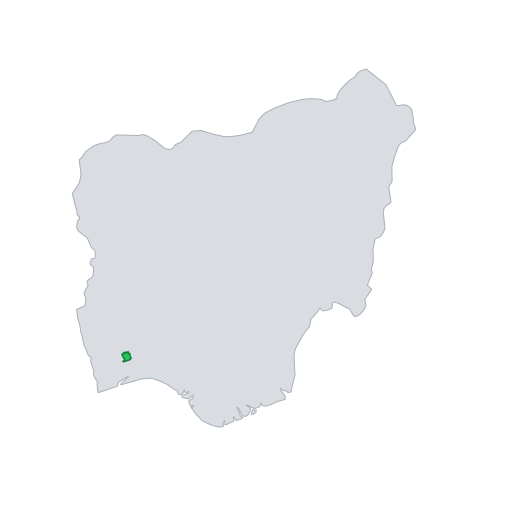 Oluyole, Oyo, Nigeria shown in context, rotated 344°
{"feature_id": "59680162B11018926765325", "entity_name": "Oluyole", "entity_type": "district", "adm_level": 2, "iso_a3": "NGA", "parent_name": "Nigeria", "parent_adm1": "Oyo", "projection": "mercator", "projection_center": [3.901, 7.219], "detail": "fine", "context": "in_parent", "style": "filled", "palette": "green", "viewbox_px": 512, "rotation_deg": 344, "n_neighbors": 0, "source": "geoboundaries", "source_scale": "gbopen_adm2", "svg_char_len": 5223}
<svg xmlns="http://www.w3.org/2000/svg" viewBox="0 0 512 512"><g transform="rotate(344 256 256)"><path d="M413.5,106.7L428.1,127.2L431.1,142.4L432.3,149.9L434.7,150.8L439.2,151.2L442.5,152.7L444.5,155.1L445.7,157.5L446.0,158.8L445.0,167.9L443.9,171.2L444.5,175.7L444.3,177.6L443.8,178.9L441.8,180.4L439.0,181.8L432.5,186.1L430.6,186.8L427.8,186.9L425.4,188.0L422.6,190.3L416.5,198.9L411.2,207.6L407.4,221.7L402.8,226.0L402.0,229.9L401.2,238.7L400.5,241.3L399.8,242.1L394.8,243.7L392.0,245.7L390.2,249.7L388.0,263.1L387.3,265.3L385.6,267.6L383.1,270.2L380.9,271.6L375.2,272.5L369.8,282.6L369.7,284.3L367.3,293.5L363.2,300.4L362.9,304.8L357.7,310.9L355.0,315.0L357.8,319.3L358.0,320.0L349.0,327.3L348.5,328.4L348.1,333.4L347.4,334.8L345.8,336.6L343.3,338.7L340.9,340.2L338.1,341.3L335.4,341.7L334.0,341.1L333.1,339.6L331.6,333.4L330.8,332.1L329.1,330.9L322.2,324.1L318.0,321.7L317.1,321.9L316.4,322.5L315.3,326.0L314.1,327.2L311.9,327.6L308.1,327.7L305.3,327.2L304.6,326.5L303.3,323.8L294.7,330.0L291.7,331.4L287.9,338.7L282.5,342.3L278.8,345.5L268.8,355.5L266.8,358.4L264.9,362.8L260.6,381.4L253.7,393.1L252.8,395.5L252.4,395.4L251.5,396.5L248.8,395.8L247.6,393.7L246.0,393.3L243.1,390.1L242.5,390.7L245.5,398.7L244.4,401.8L236.0,401.9L228.8,403.0L223.8,402.9L221.3,401.7L220.2,398.7L219.8,399.0L219.5,400.6L217.9,401.9L212.3,402.2L209.9,400.1L207.9,397.8L205.7,396.8L206.1,397.7L208.5,400.0L208.2,403.2L203.7,407.0L200.8,407.2L199.1,405.6L198.2,402.9L197.7,399.0L196.5,396.5L195.9,396.5L196.7,400.7L196.7,404.7L198.8,407.7L195.6,408.7L191.6,408.8L191.1,407.6L190.6,405.1L189.9,404.4L189.1,408.7L181.0,409.9L179.9,409.8L179.6,409.0L180.2,407.8L180.1,405.8L178.3,407.3L178.0,410.3L177.0,410.8L173.9,410.4L170.5,408.8L165.1,405.1L158.4,399.0L157.3,396.2L155.3,392.9L151.8,383.6L152.5,383.2L154.0,383.7L154.8,382.8L152.0,382.2L151.4,381.5L151.2,379.4L151.4,376.9L155.6,375.6L156.6,374.1L157.1,372.6L151.9,374.9L147.0,372.3L146.0,370.7L146.5,369.4L152.2,369.4L154.2,368.2L153.0,367.8L150.8,367.8L150.0,367.0L150.1,365.1L149.4,365.5L148.4,367.2L145.2,368.5L143.2,367.2L143.0,364.4L142.6,363.2L141.0,362.2L135.2,354.9L128.0,348.8L121.6,344.6L111.8,342.6L91.5,342.7L90.4,342.1L91.6,341.1L93.4,340.5L99.9,337.1L98.8,336.6L92.0,338.7L89.7,338.9L86.7,343.0L66.7,343.9L66.7,342.1L67.6,336.7L68.8,333.0L67.5,328.4L67.1,324.4L68.0,323.1L68.3,321.5L68.1,311.1L69.1,309.5L69.2,308.4L67.1,304.0L67.1,300.5L66.7,297.2L66.0,295.7L66.8,282.9L66.6,279.7L67.2,277.4L67.6,271.9L67.5,266.5L68.8,257.9L77.4,256.8L79.5,253.4L80.7,249.1L80.3,244.9L83.1,241.2L86.5,237.9L86.4,234.4L87.3,233.2L88.9,232.4L91.2,232.0L93.7,230.2L95.2,227.0L96.6,222.0L94.4,218.5L94.4,217.7L95.2,215.9L96.6,214.0L97.7,213.4L100.1,213.9L101.0,213.1L102.6,207.6L102.4,206.1L100.1,202.3L98.8,192.3L98.1,190.9L96.3,189.1L91.5,182.0L91.6,178.6L93.6,174.3L95.0,172.2L96.8,171.1L97.2,170.1L96.6,168.9L95.7,168.0L95.5,166.0L96.4,163.3L96.1,160.4L96.6,145.1L100.5,142.1L106.2,137.1L109.1,131.9L110.6,128.0L112.5,114.8L115.5,113.4L121.2,108.6L129.0,105.8L134.0,104.9L142.9,105.5L147.3,105.0L151.2,102.4L152.9,101.7L155.3,101.2L177.3,108.1L179.3,107.8L181.0,108.2L183.8,110.0L190.2,116.4L197.1,126.3L199.2,128.4L201.3,129.5L203.5,129.9L205.1,129.8L206.7,128.8L208.8,127.0L212.0,126.1L214.7,126.3L228.4,118.7L229.7,118.6L238.1,120.3L249.6,127.8L259.0,132.8L265.6,134.4L273.3,135.6L286.5,136.0L296.5,125.4L300.2,123.0L304.6,120.9L313.9,119.0L329.3,117.6L343.7,118.2L352.6,120.0L362.1,123.5L366.1,126.8L372.5,127.4L377.1,126.7L378.6,123.4L383.2,119.1L390.1,115.1L395.7,112.3L400.4,111.0L404.5,107.8L407.8,106.8L413.5,106.7ZM212.9,406.3L209.8,407.3L207.8,407.0L210.5,402.8L211.9,403.7L213.7,404.1L212.9,406.3Z" fill="#d9dde1" stroke="#a8b0b8" stroke-width="1"/><path d="M105.0,312.7L104.8,312.8L104.7,312.9L104.4,312.9L104.3,313.0L104.2,313.0L103.9,313.0L103.7,313.1L103.7,312.9L103.4,312.9L103.2,312.9L103.0,312.7L102.9,312.5L102.9,312.4L102.7,312.3L102.6,312.5L102.7,312.8L102.8,312.8L102.7,312.9L102.7,313.0L102.4,313.1L102.2,313.1L102.1,312.9L101.9,312.8L101.7,312.8L101.4,312.9L101.4,313.0L101.2,313.0L101.0,313.3L100.9,313.3L100.7,313.4L100.7,313.5L100.3,313.7L100.2,313.7L100.0,313.8L99.9,313.8L99.7,313.9L99.6,314.0L99.4,314.1L99.6,314.1L99.8,314.1L100.2,314.1L100.3,314.1L100.3,314.4L100.2,314.7L100.2,315.1L100.3,315.2L100.3,315.5L100.3,316.1L100.3,316.3L100.5,316.6L100.7,317.0L100.8,317.2L100.8,317.6L100.7,317.9L100.9,318.2L101.1,318.5L101.2,318.9L101.2,319.1L101.3,319.3L101.2,319.5L100.9,319.8L100.0,320.3L99.5,320.4L99.2,320.6L99.1,320.9L99.2,321.0L99.3,321.1L99.6,321.1L100.2,321.1L101.0,321.2L101.4,321.1L102.0,321.1L103.8,321.1L104.3,321.0L105.2,321.0L105.9,321.0L106.4,320.9L106.6,320.8L106.6,320.6L106.7,320.2L106.9,320.2L107.1,320.0L107.8,319.7L107.5,319.1L107.7,318.1L107.7,317.9L107.5,316.9L107.3,316.4L107.6,316.1L107.7,315.9L107.7,315.5L107.7,315.2L107.3,315.1L107.2,315.0L107.1,314.9L107.0,314.7L106.9,314.6L106.9,314.4L107.0,314.4L107.0,314.2L107.0,313.9L106.9,313.9L106.9,313.7L106.7,313.7L106.6,313.8L106.5,313.7L106.5,313.8L106.4,313.9L106.4,313.7L106.5,313.5L106.5,313.4L106.6,313.2L106.6,312.9L106.4,313.0L106.2,313.0L105.9,313.2L105.7,313.1L105.5,312.9L105.4,312.9L105.2,312.9L105.0,312.7Z" fill="#22c55e" stroke="#15803d" stroke-width="1.5"/></g></svg>